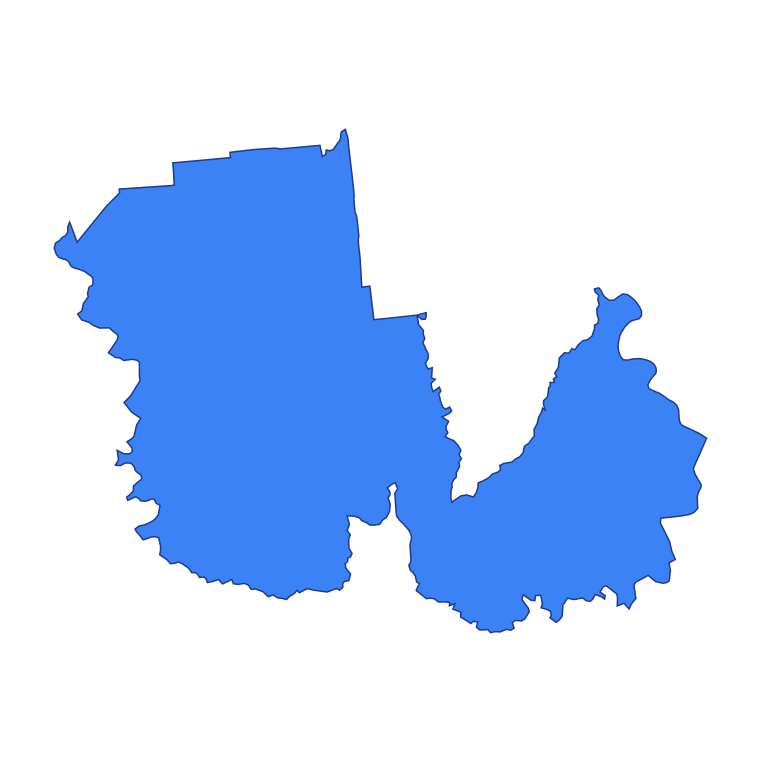 Caxias do Sul, Rio Grande do Sul, Brazil, rotated 85°
{"feature_id": "56859067B1705009335858", "entity_name": "Caxias do Sul", "entity_type": "district", "adm_level": 2, "iso_a3": "BRA", "parent_name": "Brazil", "parent_adm1": "Rio Grande do Sul", "projection": "orthographic", "projection_center": [-50.991, -29.075], "detail": "fine", "context": "isolated", "style": "filled", "palette": "blue", "viewbox_px": 768, "rotation_deg": 85, "n_neighbors": 0, "source": "geoboundaries", "source_scale": "gbopen_adm2", "svg_char_len": 6153}
<svg xmlns="http://www.w3.org/2000/svg" viewBox="0 0 768 768"><g transform="rotate(85 384 384)"><path d="M306.9,161.7L307.7,166.2L310.8,165.6L314.1,162.3L318.6,163.7L323.8,162.5L327.9,165.5L333.2,165.6L338.8,164.6L342.3,165.8L343.7,169.1L347.4,169.5L354.4,172.6L357.6,177.2L358.2,182.0L361.4,186.5L366.6,190.9L365.1,193.7L369.4,197.1L368.6,201.5L373.3,207.1L382.5,208.8L388.2,213.0L391.9,211.3L393.6,214.8L397.3,213.9L397.0,218.5L399.9,218.5L402.3,220.4L406.7,221.1L411.3,222.4L414.5,226.4L418.6,226.9L424.0,225.7L421.9,228.2L425.6,229.4L430.8,232.9L437.1,235.0L442.2,238.5L448.7,238.7L452.1,241.9L455.2,244.3L458.4,249.6L464.5,251.4L468.4,255.2L470.2,259.6L472.8,263.1L473.6,271.7L475.3,275.8L479.4,275.3L481.7,278.1L483.1,283.7L486.0,287.1L487.6,290.2L489.4,294.4L490.6,298.8L495.6,299.5L500.2,301.5L504.4,304.8L501.7,311.3L502.1,317.1L507.6,326.8L503.9,327.4L495.7,326.4L492.7,325.0L489.3,325.2L485.4,322.9L483.1,320.1L478.8,319.8L472.8,315.9L468.6,316.3L465.1,313.4L461.0,315.4L456.7,313.2L451.4,315.7L446.5,319.4L444.9,322.6L441.7,327.8L437.9,324.6L434.3,326.2L431.3,325.7L426.8,322.9L421.9,329.0L419.1,321.9L416.8,319.0L412.7,320.6L414.4,324.8L412.3,327.4L406.1,329.2L401.9,329.6L398.9,330.6L396.1,328.0L391.9,329.2L395.9,335.6L391.6,336.8L387.4,337.0L383.8,332.6L382.1,336.1L372.0,334.5L372.9,338.9L367.0,341.0L362.4,337.7L357.8,337.4L346.3,341.7L342.1,339.4L337.8,340.5L334.0,340.1L328.2,344.3L324.0,344.5L318.3,345.4L319.0,381.9L319.0,388.5L285.3,389.6L285.6,397.7L257.8,396.9L251.4,396.9L248.2,397.1L241.9,397.2L237.6,397.0L234.8,396.2L230.3,396.2L214.7,396.6L209.9,397.9L197.3,397.9L193.2,397.3L182.1,397.4L143.4,398.5L136.3,398.5L126.9,400.3L129.0,404.5L132.1,405.4L135.0,405.7L137.9,407.1L140.4,409.6L143.2,411.7L145.9,414.2L147.0,417.3L145.8,421.2L150.1,421.9L152.1,425.6L140.7,427.0L140.8,466.4L139.5,472.3L139.1,494.0L139.8,517.3L145.1,517.2L145.3,575.1L150.3,575.1L167.6,575.6L167.8,579.2L166.7,630.8L170.7,630.8L182.5,644.9L216.0,677.3L195.4,683.0L199.9,685.4L205.2,685.8L208.5,688.4L209.9,691.8L212.8,694.7L215.0,698.9L219.8,700.7L226.5,699.1L229.4,696.8L231.3,693.6L232.1,690.5L234.7,687.3L237.8,686.4L240.2,684.6L241.8,681.7L242.8,678.7L244.2,675.2L246.4,671.8L249.0,668.8L251.1,666.2L253.8,664.6L259.8,665.4L261.8,669.3L268.1,671.5L271.3,671.0L277.7,676.5L284.8,678.6L287.6,683.1L293.8,679.6L296.8,672.6L300.4,668.2L303.5,662.4L304.1,652.7L308.2,649.1L311.3,645.4L314.3,644.8L317.3,646.3L328.9,655.8L334.2,649.2L335.0,644.8L337.8,641.4L337.5,632.7L338.7,628.1L341.0,625.8L355.1,627.0L359.4,626.7L374.2,637.9L379.8,644.6L390.1,637.8L397.1,629.3L403.0,633.9L414.1,637.6L416.3,639.7L419.2,645.1L425.7,640.6L429.6,640.9L431.4,643.5L430.8,649.3L426.8,655.6L436.4,655.0L441.4,658.7L442.3,653.9L440.1,648.3L440.8,643.0L444.3,640.2L448.5,639.3L450.9,637.2L453.7,633.9L457.7,633.7L460.4,638.0L463.8,642.5L468.6,643.0L471.9,646.5L474.3,650.2L477.6,649.5L474.7,641.4L476.7,638.4L479.1,636.7L479.8,633.5L479.7,629.3L478.2,626.0L478.8,622.8L482.8,621.5L485.5,617.7L494.6,620.3L498.1,623.3L500.3,626.5L502.1,630.7L503.5,635.1L504.1,640.2L506.7,644.6L509.7,643.4L513.6,640.4L518.2,637.6L517.3,633.1L516.1,629.5L516.2,625.4L517.5,621.9L526.3,620.7L530.5,621.2L534.6,622.3L540.1,615.5L544.4,612.5L544.4,608.6L543.4,604.4L545.4,600.8L549.5,595.6L552.4,593.4L555.2,592.1L555.5,588.2L557.9,585.9L560.5,584.9L560.6,580.0L563.5,577.8L566.4,577.3L565.8,572.1L564.4,565.7L569.1,562.4L565.5,552.6L569.8,551.5L570.9,547.1L570.5,540.4L572.6,536.5L576.9,534.3L577.0,529.8L580.3,522.7L585.8,517.9L584.4,512.8L587.7,508.8L588.7,504.0L590.2,499.9L587.4,496.7L584.6,491.2L581.9,488.6L584.6,486.6L581.2,478.4L583.3,471.7L586.3,458.6L583.6,449.5L585.5,446.1L583.0,442.7L579.0,442.5L577.0,440.3L576.9,436.2L570.4,433.9L564.0,438.1L559.8,438.3L557.5,435.6L554.5,435.4L553.3,432.5L550.0,430.6L544.4,433.3L535.2,432.6L531.3,430.8L526.7,433.5L521.0,430.7L512.2,432.2L513.0,425.4L515.1,420.3L517.9,418.3L520.7,413.5L523.3,410.3L523.7,406.1L523.5,400.6L519.4,397.2L517.0,393.1L511.5,389.6L504.4,388.3L497.8,389.9L495.0,387.6L491.2,387.8L487.8,389.9L484.7,385.1L483.2,381.4L489.5,379.5L493.8,382.7L511.9,383.1L516.9,382.9L521.4,380.1L524.4,377.3L531.6,372.1L535.4,370.4L539.3,369.9L546.9,372.2L559.0,372.4L563.3,372.6L566.5,375.0L571.7,374.1L575.3,370.9L578.6,369.4L584.0,368.8L586.3,365.9L588.8,368.0L592.6,369.9L601.5,360.4L601.4,355.6L602.5,352.5L606.0,348.5L606.3,342.7L607.4,337.6L610.5,338.2L609.1,332.6L614.3,335.0L617.9,327.4L622.8,328.0L627.6,321.5L630.2,318.3L628.2,315.8L629.3,311.5L634.3,313.1L637.2,310.3L637.8,305.8L637.6,302.1L641.0,299.5L640.4,294.7L641.1,289.7L639.1,283.6L640.3,279.1L638.6,275.7L632.8,277.0L631.0,273.5L632.0,267.4L630.1,264.0L623.7,259.2L620.3,259.6L610.6,265.5L606.1,263.6L612.1,256.7L613.0,252.6L608.0,251.5L608.2,246.2L617.1,245.4L620.6,247.0L622.6,241.8L624.8,238.0L628.6,237.4L631.5,238.9L636.4,233.3L634.0,229.4L630.5,226.7L619.9,225.0L613.4,219.8L615.3,213.4L614.4,204.7L617.4,201.7L618.5,197.6L616.7,194.9L612.1,191.9L614.9,185.9L617.5,183.0L614.1,182.1L610.1,186.9L605.2,183.4L604.4,180.1L613.5,170.4L617.1,170.0L625.5,171.0L623.4,164.1L629.5,159.4L624.8,156.8L619.6,151.8L606.3,152.5L603.4,150.6L597.7,137.5L604.5,130.7L606.8,123.5L606.5,120.0L605.1,117.1L594.5,114.9L587.0,115.7L584.2,109.1L575.4,111.9L565.7,113.2L546.6,120.8L541.8,119.9L541.4,99.9L540.5,90.8L538.9,86.4L535.3,82.3L523.6,81.8L519.4,80.3L514.9,77.4L512.1,76.8L501.5,81.8L495.2,83.3L466.1,67.3L460.7,74.3L451.3,90.5L448.5,92.4L444.5,93.0L435.0,92.8L430.5,94.4L427.5,97.1L423.9,102.6L420.2,106.7L417.6,109.9L414.0,116.7L411.7,120.4L408.2,121.3L403.8,118.8L400.0,115.4L397.4,112.5L394.5,111.5L390.9,111.8L387.4,113.7L384.9,116.5L383.2,119.9L382.0,123.0L381.0,127.1L380.8,131.0L380.8,135.0L381.4,138.7L380.8,143.6L376.8,146.1L372.2,147.4L366.8,147.6L361.3,146.4L356.8,145.0L353.8,143.4L347.9,138.9L343.8,134.2L342.4,130.8L341.2,124.1L338.7,121.7L334.2,121.1L330.5,122.3L327.1,124.0L324.3,125.7L321.5,127.8L319.0,130.3L316.3,133.4L315.1,138.2L317.7,143.2L320.4,147.3L320.3,152.3L316.5,156.5L314.0,158.1L309.4,159.8L306.9,161.7ZM318.3,345.4L322.9,340.8L323.1,337.3L320.2,336.0L316.6,335.8L318.3,345.4Z" fill="#3b82f6" stroke="#1e3a8a" stroke-width="1.5"/></g></svg>